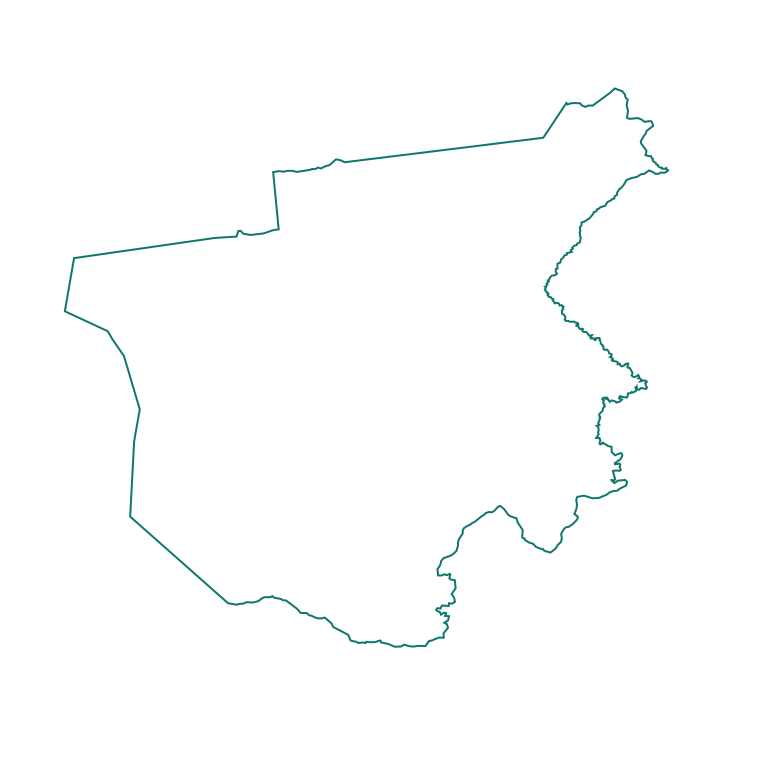 the district of Goudiry, Tambacounda, Senegal, rotated 263°
{"feature_id": "50182788B18390590381778", "entity_name": "Goudiry", "entity_type": "district", "adm_level": 2, "iso_a3": "SEN", "parent_name": "Senegal", "parent_adm1": "Tambacounda", "projection": "natural_earth1", "projection_center": [-12.97, 13.973], "detail": "fine", "context": "isolated", "style": "outline", "palette": "teal", "viewbox_px": 768, "rotation_deg": 263, "n_neighbors": 0, "source": "geoboundaries", "source_scale": "gbopen_adm2", "svg_char_len": 6163}
<svg xmlns="http://www.w3.org/2000/svg" viewBox="0 0 768 768"><g transform="rotate(263 384 384)"><path d="M495.1,76.1L470.1,116.2L461.1,120.1L443.5,129.3L388.6,138.5L357.5,129.0L283.3,115.9L185.4,202.5L182.9,210.8L183.4,213.8L183.1,217.5L184.2,220.7L183.1,227.5L183.8,232.9L186.0,236.4L186.9,239.3L186.3,245.6L187.1,247.3L185.4,248.7L183.2,255.4L181.6,257.6L181.1,260.4L171.5,270.3L166.9,273.4L166.1,279.3L163.5,281.7L163.0,283.5L159.7,288.8L158.9,293.7L159.4,296.7L152.7,302.8L149.0,304.0L139.4,317.9L133.4,319.6L131.3,325.5L130.0,327.1L130.1,330.8L129.2,334.1L130.3,334.9L129.4,338.4L128.9,343.6L129.9,348.7L129.4,349.4L127.9,349.6L125.4,356.7L121.9,362.6L121.4,369.0L122.9,372.3L120.9,376.5L119.8,380.9L119.9,386.3L118.8,393.1L123.5,397.5L123.4,399.1L125.6,407.6L125.0,412.4L129.3,412.7L134.3,417.8L137.9,417.2L139.7,414.8L141.5,418.7L145.6,420.3L146.4,416.3L148.9,417.8L149.5,417.0L149.6,415.2L148.1,412.5L150.6,411.8L152.8,408.5L153.8,408.3L155.0,409.7L154.2,412.9L155.6,413.3L157.1,414.8L155.8,421.1L158.5,421.9L157.7,424.7L159.1,427.9L163.1,427.6L167.3,425.6L172.7,430.2L180.6,430.4L181.8,426.4L183.2,425.2L186.9,426.6L187.5,426.2L186.6,423.2L187.8,420.7L186.9,418.1L187.4,414.4L193.8,414.5L196.4,417.0L199.1,418.5L201.0,418.9L203.8,421.8L205.6,429.4L207.1,432.4L209.6,435.6L214.9,437.9L216.5,437.8L220.6,439.3L226.1,443.9L229.4,444.4L231.1,445.7L233.0,449.4L233.8,452.5L235.3,454.5L235.9,456.8L241.3,465.6L241.5,466.9L243.6,469.3L244.1,472.9L243.5,475.7L245.0,478.5L248.4,482.4L248.8,484.5L245.3,487.9L238.9,491.5L237.3,493.4L234.5,499.1L230.3,499.8L222.1,503.9L216.0,502.6L214.2,502.8L213.5,504.8L212.0,504.9L209.0,508.6L207.2,512.5L204.0,514.8L201.6,518.8L200.6,521.9L199.7,522.1L198.5,523.7L196.4,528.7L199.8,534.3L203.3,537.1L205.7,540.5L209.3,541.7L213.7,541.6L218.0,544.8L219.6,547.0L219.7,550.0L222.2,554.6L225.5,558.7L227.4,560.0L228.9,560.1L231.8,557.1L236.6,559.8L240.8,560.9L245.4,560.6L248.4,562.1L248.8,568.9L245.1,577.2L244.8,583.6L246.9,591.2L248.9,594.7L249.8,598.6L249.7,602.8L251.3,605.0L253.6,611.8L257.2,613.4L259.3,611.8L259.6,604.6L257.6,600.7L260.4,598.2L260.9,598.1L260.3,600.7L261.3,601.8L269.8,600.6L269.9,603.5L269.1,607.3L270.1,608.6L272.7,607.8L275.1,608.7L276.2,608.3L276.2,603.5L277.3,603.4L280.4,609.5L283.9,611.9L286.2,611.3L286.6,610.6L285.1,604.6L288.8,601.7L293.9,602.2L295.1,598.9L298.3,595.0L298.3,594.0L299.0,593.9L297.8,591.8L298.1,590.9L299.8,590.8L301.3,591.9L304.1,591.3L304.6,588.1L308.1,591.0L309.8,590.5L311.8,591.4L315.1,591.5L316.6,590.1L317.1,592.8L318.8,591.7L323.2,594.2L323.7,593.8L325.2,594.6L326.1,593.8L327.7,593.9L331.0,597.9L333.2,598.3L334.9,600.5L336.5,599.7L337.2,600.3L338.8,599.2L341.0,600.2L342.1,598.8L343.1,599.1L343.6,600.5L342.1,602.8L343.5,603.1L343.2,603.8L338.7,605.9L340.0,608.0L338.4,611.7L337.2,612.5L337.8,616.0L339.4,618.2L341.1,615.6L342.1,615.7L343.0,616.8L343.2,617.3L342.4,617.4L341.0,623.4L341.7,624.1L344.9,625.0L344.9,627.6L345.9,628.8L345.2,629.5L346.1,632.8L347.4,633.7L349.9,633.2L349.7,634.0L350.4,634.5L348.4,634.5L347.3,635.9L347.2,636.7L348.7,638.3L347.2,643.5L348.3,644.5L352.8,643.3L354.0,645.1L354.6,645.0L355.8,643.4L355.4,638.8L356.7,640.3L358.3,638.6L358.7,637.1L360.0,638.2L362.0,637.4L360.6,634.9L360.5,632.7L362.3,630.7L364.5,632.0L365.4,631.8L369.6,630.0L370.4,629.3L370.3,628.2L371.3,627.6L374.4,628.9L374.7,627.6L374.0,625.4L373.2,624.8L372.6,621.8L373.7,620.8L375.1,620.7L375.2,618.3L376.6,618.9L378.0,617.5L379.1,613.5L379.9,613.0L380.8,614.3L382.6,613.1L383.2,611.6L384.4,613.2L385.6,613.6L387.0,611.2L389.4,610.8L391.1,609.0L391.0,607.5L391.8,606.1L394.2,606.4L394.9,605.6L395.9,605.8L397.5,604.1L400.3,604.0L401.5,603.2L402.8,603.8L403.5,603.3L403.6,599.5L402.0,599.5L401.8,598.8L404.1,596.8L404.0,594.7L405.2,594.6L407.1,596.3L407.0,593.5L410.8,591.3L411.4,588.6L412.3,587.4L414.3,588.1L414.8,587.4L414.5,585.3L417.9,583.5L418.4,582.0L419.1,582.2L419.4,584.1L421.0,583.7L421.7,581.3L422.7,580.5L423.1,576.0L424.3,574.5L424.2,573.0L425.1,571.6L426.0,571.2L426.8,571.9L429.1,572.0L431.3,570.6L432.1,569.3L435.3,569.7L436.7,571.1L438.2,570.6L438.9,571.5L440.6,569.8L440.5,567.9L442.8,567.2L443.6,565.0L443.1,563.5L443.6,563.0L444.9,562.9L446.4,561.6L447.6,562.4L448.4,560.9L449.8,560.2L450.3,558.3L452.2,557.3L453.4,558.3L454.1,557.1L455.0,557.4L456.2,555.8L457.4,555.9L458.0,555.1L460.2,556.4L460.9,555.8L461.0,556.9L462.3,557.4L462.8,558.3L463.9,557.7L465.5,559.9L466.4,559.2L466.8,559.1L467.1,560.3L469.9,562.1L471.0,563.6L471.3,567.7L472.5,569.2L474.3,568.1L475.6,568.3L477.2,568.7L477.3,570.1L482.3,570.9L483.1,573.9L485.9,574.8L487.5,577.2L489.7,578.8L490.1,581.2L491.7,581.4L492.1,586.4L494.2,585.8L495.3,587.9L496.4,587.5L498.1,589.6L498.4,592.2L499.8,592.8L500.6,595.6L505.5,597.2L507.1,596.5L508.7,597.0L510.2,596.5L511.8,597.4L515.7,597.5L517.5,599.4L520.2,599.7L520.7,602.6L523.4,608.1L527.5,612.5L528.9,613.0L529.6,615.9L531.4,616.7L531.7,618.4L533.1,620.4L534.0,625.4L537.4,628.0L538.7,631.8L539.8,633.1L540.0,635.2L541.8,635.5L543.6,638.5L545.6,638.7L549.2,641.8L549.4,642.9L552.3,646.1L556.9,649.5L558.2,654.8L558.7,660.2L560.9,664.8L560.8,667.7L563.6,673.2L561.3,677.2L559.7,678.7L559.1,681.5L560.1,684.4L559.5,688.3L560.8,691.4L561.6,691.9L562.1,690.8L563.9,690.6L563.4,689.4L563.8,686.2L564.9,686.1L565.3,684.1L567.4,682.2L568.0,682.5L569.3,680.8L570.7,680.5L571.7,678.8L573.5,677.9L574.7,678.3L575.1,677.5L577.6,676.8L577.9,674.4L579.4,671.4L583.3,673.0L591.4,668.6L593.6,668.4L598.9,672.4L600.4,674.2L603.2,675.4L607.3,682.5L609.5,682.3L612.0,681.5L612.5,680.3L612.5,674.5L615.3,671.6L617.0,668.3L617.2,660.1L618.5,657.6L625.4,659.5L631.0,658.8L636.8,660.6L638.6,658.7L642.0,658.4L645.6,656.1L649.2,649.0L645.9,644.6L634.9,625.1L635.5,621.0L634.5,617.6L636.7,613.9L638.6,613.2L639.7,606.6L639.8,603.0L639.0,600.3L640.7,599.3L609.0,572.1L608.9,371.7L610.7,369.5L612.5,365.1L612.6,363.4L607.9,356.6L607.2,352.0L605.6,347.9L606.9,344.7L605.6,341.8L606.2,338.6L605.6,337.2L605.1,323.4L606.7,319.2L607.4,313.9L606.9,310.7L608.1,305.5L607.8,299.8L550.4,298.3L550.1,292.2L548.1,282.7L548.2,269.7L550.3,262.7L553.5,260.4L553.5,258.0L548.3,255.6L549.6,233.1L546.7,91.7L495.1,76.1Z" fill="none" stroke="#0f766e" stroke-width="2"/></g></svg>